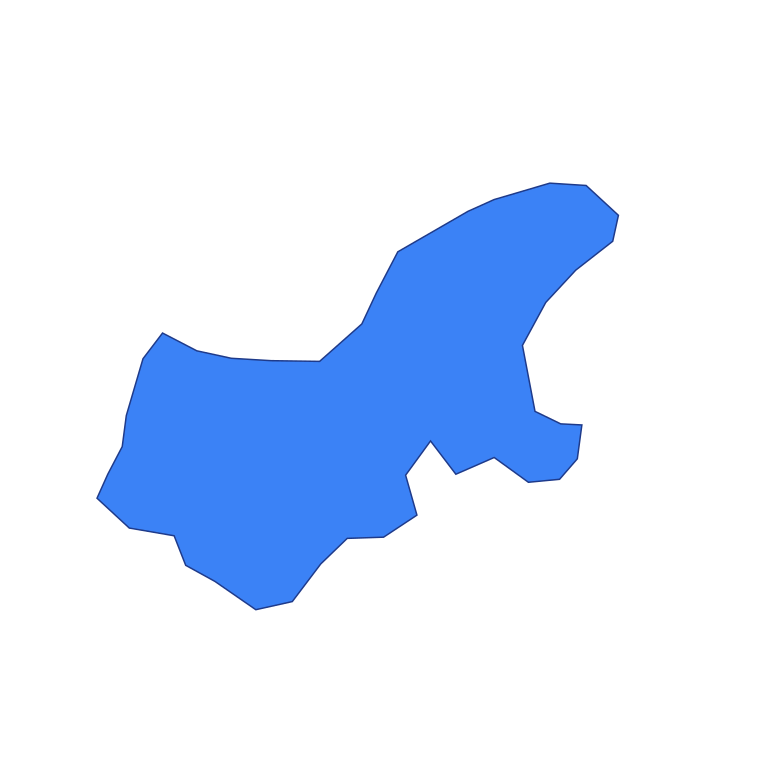 Trachoni Lefkosias, Cyprus, rotated 46°
{"feature_id": "46923920B69759348119058", "entity_name": "Trachoni Lefkosias", "entity_type": "district", "adm_level": 2, "iso_a3": "CYP", "parent_name": "Cyprus", "parent_adm1": "", "projection": "albers", "projection_center": [33.481, 35.216], "detail": "fine", "context": "isolated", "style": "filled", "palette": "blue", "viewbox_px": 768, "rotation_deg": 46, "n_neighbors": 0, "source": "geoboundaries", "source_scale": "gbopen_adm2", "svg_char_len": 685}
<svg xmlns="http://www.w3.org/2000/svg" viewBox="0 0 768 768"><g transform="rotate(46 384 384)"><path d="M376.7,652.6L408.4,642.8L457.3,633.0L476.8,601.1L469.5,554.5L469.5,517.7L493.9,490.7L501.2,451.4L464.6,431.8L457.3,390.1L498.8,395.0L513.4,355.8L555.0,348.4L574.5,323.9L572.1,296.9L550.9,270.1L535.4,284.6L508.6,294.4L452.4,257.6L437.7,211.0L435.3,166.9L440.2,120.3L425.5,98.2L381.6,100.7L354.7,125.2L327.8,176.7L318.1,203.7L298.5,282.2L313.2,326.3L325.4,358.2L323.0,414.6L288.8,449.0L259.4,476.0L230.1,495.6L193.5,507.9L198.4,539.8L227.7,591.3L247.2,615.8L257.0,645.3L266.8,669.8L310.7,667.3L347.4,640.4L376.7,652.6Z" fill="#3b82f6" stroke="#1e3a8a" stroke-width="1.5"/></g></svg>